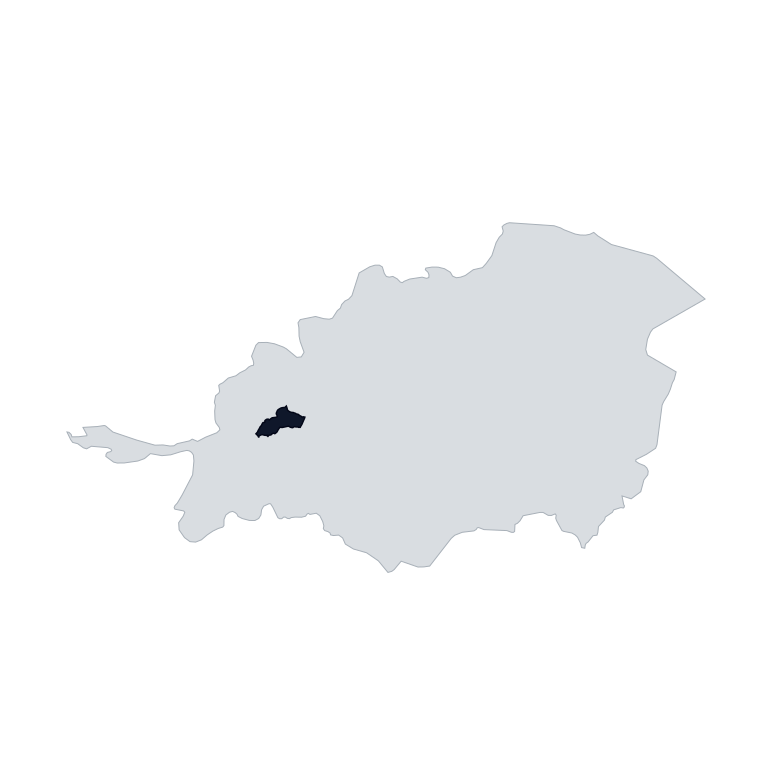 Panjshir on a map of Afghanistan (Natural Earth projection), rotated 201°
{"feature_id": "AFG-1769", "entity_name": "Panjshir", "entity_type": "Province", "adm_level": 1, "iso_a3": "AFG", "parent_name": "Afghanistan", "parent_adm1": "", "projection": "natural_earth1", "projection_center": [69.851, 35.487], "detail": "fine", "context": "in_parent", "style": "filled", "palette": "ink", "viewbox_px": 768, "rotation_deg": 201, "n_neighbors": 0, "source": "natural_earth", "source_scale": "10m", "svg_char_len": 5405}
<svg xmlns="http://www.w3.org/2000/svg" viewBox="0 0 768 768"><g transform="rotate(201 384 384)"><path d="M339.8,220.2L353.4,219.0L362.7,220.7L367.5,225.5L372.2,226.7L376.9,224.4L379.8,224.0L380.9,225.5L383.3,226.1L386.8,225.9L388.8,227.2L389.3,230.0L391.9,233.6L396.7,238.0L400.9,239.1L406.4,235.7L408.3,236.1L409.2,235.0L409.8,232.5L413.2,230.1L419.3,227.9L422.8,226.0L424.0,224.4L426.1,223.9L428.4,224.4L430.0,223.8L431.2,221.6L433.3,220.8L435.2,221.2L443.6,229.1L446.9,231.5L448.4,231.1L452.6,226.8L453.2,222.8L452.0,217.6L452.8,213.5L455.6,210.3L460.7,208.4L468.2,207.6L472.8,208.1L474.5,209.7L476.8,210.6L479.7,210.8L482.3,208.9L484.7,205.0L484.8,200.2L482.7,194.4L483.3,192.6L487.0,189.7L491.0,185.4L494.9,179.9L498.6,173.1L503.2,168.9L508.6,167.3L515.2,169.1L523.0,174.4L526.0,180.9L524.1,188.6L524.0,192.9L525.6,193.7L534.4,192.2L535.6,193.3L535.6,195.5L534.3,198.7L532.7,207.9L530.1,230.6L533.9,244.1L536.5,249.4L539.1,251.2L541.8,251.8L544.4,251.3L549.7,247.8L557.8,241.4L565.7,237.5L577.1,235.3L580.9,228.5L586.2,223.9L598.2,217.2L604.8,214.6L608.5,214.2L617.7,216.7L618.3,218.8L617.7,221.0L615.1,222.8L614.3,224.2L615.3,225.3L619.0,225.6L634.9,221.0L638.4,216.9L641.8,216.7L648.6,218.5L653.7,217.9L656.5,219.7L662.8,225.6L660.8,226.0L658.0,224.8L656.4,222.8L650.0,225.4L642.9,229.2L643.1,230.1L649.5,235.6L636.3,241.6L630.3,245.0L628.9,245.1L619.9,242.0L594.9,243.0L575.9,244.8L568.5,247.9L561.6,249.4L558.0,251.0L555.7,254.2L545.2,261.2L543.3,263.8L537.5,263.6L531.5,270.4L522.6,278.6L520.8,282.4L522.2,284.4L526.9,287.4L529.0,290.2L532.4,298.1L533.8,303.7L535.8,306.1L537.0,312.7L534.9,316.5L534.9,318.4L537.8,323.5L537.1,325.0L534.9,327.4L531.5,333.8L525.2,338.6L522.6,342.8L518.3,347.5L516.4,351.4L514.5,353.5L512.6,354.7L513.1,356.8L514.8,359.4L517.6,362.4L517.5,374.3L516.0,377.7L508.1,380.9L500.6,382.3L491.3,382.4L487.8,381.9L474.9,377.6L470.9,379.7L470.0,385.0L477.4,393.5L480.4,398.2L483.7,406.2L486.2,410.3L485.3,414.1L472.1,422.5L463.6,423.4L458.3,424.9L455.7,427.0L453.8,435.9L451.9,439.2L452.0,443.1L450.2,447.5L447.5,450.4L445.6,455.0L447.0,478.8L439.3,488.3L435.0,491.7L430.9,493.3L427.5,492.7L423.3,487.3L420.3,485.2L417.3,485.7L414.3,487.6L409.4,486.9L405.3,485.0L403.2,485.2L402.0,487.1L397.6,491.2L386.7,497.4L382.2,497.9L380.3,499.4L381.1,502.0L383.0,504.1L386.4,505.5L386.5,507.2L381.0,510.4L375.3,512.5L368.8,513.3L362.1,512.1L358.7,509.3L354.6,509.1L350.9,511.1L347.0,514.4L341.6,522.7L333.8,527.9L331.8,533.1L329.3,542.5L330.0,556.2L329.0,562.3L327.2,566.4L327.5,569.5L330.1,573.1L329.1,575.4L326.8,578.0L324.7,579.5L281.9,592.7L275.0,593.0L271.4,592.5L259.3,592.5L254.3,593.4L249.2,595.2L245.5,597.5L242.5,600.7L237.5,598.9L221.7,595.7L178.6,600.0L174.5,599.1L114.7,578.4L152.7,531.8L153.8,527.9L154.1,520.2L152.0,510.0L148.4,505.4L115.6,500.0L114.7,492.1L115.2,488.5L114.8,481.7L115.0,476.4L116.6,467.8L116.8,463.9L107.4,425.1L107.4,421.3L113.8,412.4L121.7,403.7L121.4,402.1L117.5,401.2L111.6,401.1L108.5,399.8L106.1,397.3L105.2,393.8L107.0,387.6L105.7,375.5L112.1,365.4L121.7,364.8L117.0,357.3L116.0,356.5L115.6,355.3L116.1,354.0L118.6,353.5L124.5,348.8L124.8,346.1L129.7,339.1L129.4,336.0L132.7,327.8L131.2,322.2L131.0,319.2L134.5,317.3L136.9,309.6L138.2,307.7L138.4,305.8L137.7,302.6L140.9,302.1L143.8,306.1L148.4,310.3L151.4,311.6L155.2,312.2L163.6,310.8L165.4,311.0L174.1,318.4L175.6,320.3L176.2,323.2L177.6,324.1L180.7,321.2L183.7,320.2L189.4,321.1L192.4,320.0L206.9,310.9L208.0,305.1L209.5,301.8L211.4,299.8L209.2,293.1L210.1,291.8L212.0,291.2L216.7,291.2L238.5,283.9L244.2,283.9L245.4,283.2L245.8,281.2L247.4,279.1L257.8,273.6L263.7,268.2L265.9,264.0L276.1,230.4L281.3,227.5L286.7,225.3L304.5,224.7L308.0,214.4L309.6,211.9L312.8,209.5L325.9,216.9L339.8,220.2Z" fill="#d9dde1" stroke="#a8b0b8" stroke-width="1"/><path d="M481.9,289.6L482.2,289.6L483.2,290.5L485.7,291.6L484.9,293.7L484.8,295.8L484.6,296.7L484.3,299.0L484.3,299.6L484.0,300.2L483.6,301.4L483.4,303.6L483.3,304.2L483.0,304.7L482.0,305.2L481.7,305.4L481.7,305.7L481.7,306.2L481.8,306.4L481.9,306.6L482.0,306.8L482.0,307.2L481.8,307.7L481.4,308.3L481.0,308.9L480.3,309.4L479.4,309.7L478.9,309.7L478.5,309.5L478.3,309.4L478.1,309.5L477.4,310.6L477.2,311.1L476.3,312.4L473.5,313.9L472.8,314.3L472.4,314.7L472.1,315.2L472.0,315.8L473.6,317.2L474.0,317.9L474.1,318.4L474.0,321.0L473.8,321.7L473.5,322.3L472.0,324.2L471.4,324.8L470.2,325.6L469.0,326.2L468.7,326.4L468.3,326.6L468.0,326.6L467.9,326.7L467.7,327.0L467.7,327.5L467.3,328.4L466.4,327.4L465.1,325.6L464.6,325.0L463.9,324.7L462.7,324.4L460.9,324.2L458.3,324.9L457.8,324.8L455.9,324.9L455.2,324.6L454.6,324.6L453.8,324.9L453.1,324.9L451.4,324.3L449.4,324.1L448.9,323.7L448.4,323.5L448.0,324.2L447.4,324.5L446.0,324.7L445.9,323.1L446.0,322.2L446.2,316.8L446.6,314.7L446.7,313.5L448.4,312.9L449.6,313.0L449.9,312.8L450.4,312.5L451.0,312.3L452.0,312.3L453.1,311.3L453.4,310.7L453.7,310.5L454.1,310.3L455.9,310.1L458.0,310.4L458.6,310.1L463.5,306.9L465.4,306.4L465.8,305.8L466.0,305.2L466.5,302.8L466.6,301.8L466.7,301.0L467.1,300.1L468.1,298.5L468.7,298.5L469.2,298.5L469.8,298.3L470.1,298.0L470.5,297.6L471.2,296.1L471.5,295.8L472.7,295.2L473.0,295.0L473.1,294.8L473.6,293.5L474.1,293.7L474.2,293.8L474.3,293.8L474.3,294.0L474.3,294.3L474.6,294.4L475.2,294.0L476.8,293.4L479.5,293.1L480.3,292.6L480.8,292.2L481.3,291.6L481.7,291.1L482.0,290.5L482.0,290.1L481.9,289.7L481.9,289.6Z" fill="#0f172a" stroke="#020617" stroke-width="1.5"/></g></svg>